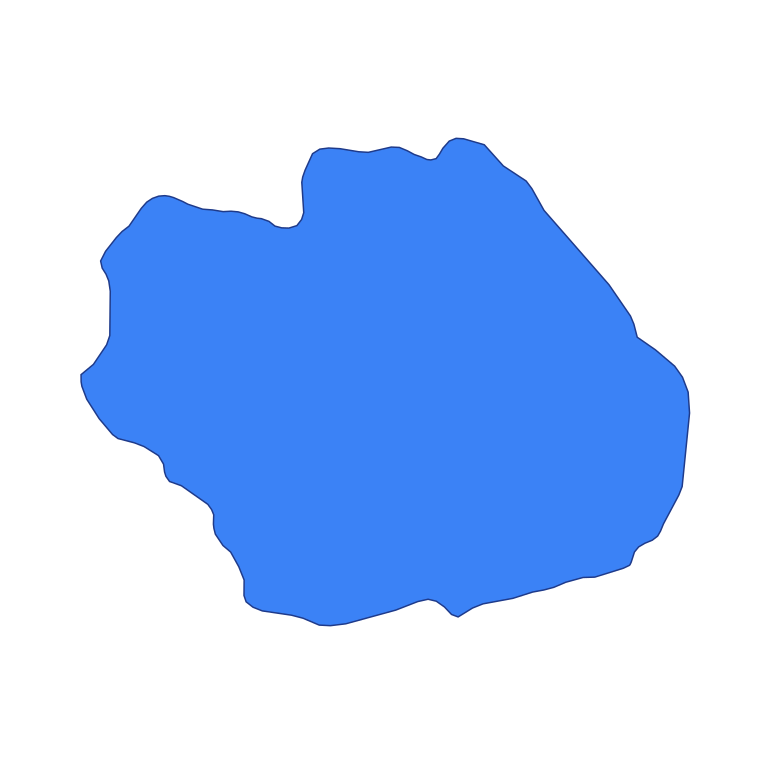 the border of Tochigi, rotated 79°
{"feature_id": "JPN-1859", "entity_name": "Tochigi", "entity_type": "Prefecture", "adm_level": 1, "iso_a3": "JPN", "parent_name": "Japan", "parent_adm1": "", "projection": "mercator", "projection_center": [139.743, 36.672], "detail": "fine", "context": "isolated", "style": "filled", "palette": "blue", "viewbox_px": 768, "rotation_deg": 79, "n_neighbors": 0, "source": "natural_earth", "source_scale": "10m", "svg_char_len": 1822}
<svg xmlns="http://www.w3.org/2000/svg" viewBox="0 0 768 768"><g transform="rotate(79 384 384)"><path d="M209.2,638.7L200.6,632.0L189.1,618.7L184.3,612.0L180.4,604.2L165.3,588.8L160.2,582.2L157.6,575.9L156.6,569.3L157.3,563.2L158.8,558.9L160.9,554.9L166.5,546.7L170.1,542.2L177.8,528.6L180.4,519.1L184.1,509.0L185.2,501.2L187.2,494.3L190.3,488.2L194.7,481.9L197.0,477.0L198.3,472.8L202.4,465.9L208.2,460.9L211.2,454.6L212.8,447.6L211.9,439.3L206.8,433.5L200.5,430.1L170.3,426.2L165.3,424.3L159.1,420.7L144.3,410.2L141.2,402.2L141.8,393.3L144.6,382.3L151.2,364.5L153.6,355.2L152.8,331.7L154.7,323.8L159.5,316.6L164.5,310.5L168.2,304.1L171.8,299.1L173.0,295.3L172.7,289.8L168.9,285.7L163.8,281.2L158.0,273.6L156.6,266.4L158.5,259.0L168.3,239.9L192.7,225.3L211.9,205.7L220.6,201.5L244.1,193.8L329.5,144.2L364.3,129.1L372.9,127.3L386.4,126.5L402.2,111.1L421.9,95.3L434.3,89.7L450.0,87.0L470.8,89.6L541.6,110.9L549.3,115.8L574.7,136.4L581.1,140.6L585.5,144.4L588.5,150.4L590.1,158.3L592.5,165.1L596.7,170.2L606.0,175.3L607.8,176.6L608.5,177.2L608.9,177.9L610.5,184.1L613.8,213.9L611.9,225.5L613.3,243.5L616.0,256.1L616.7,266.5L616.6,277.9L619.0,298.4L618.7,328.7L620.8,339.8L626.8,355.7L623.1,361.7L614.4,367.2L607.2,374.1L603.7,381.8L604.0,392.3L608.2,415.6L612.1,467.3L611.0,482.7L608.3,493.6L598.4,508.3L593.3,518.9L583.5,546.8L578.1,555.2L571.5,560.9L564.9,561.8L549.7,558.7L535.7,561.4L519.7,566.6L511.8,572.9L499.2,578.2L493.4,578.5L489.1,578.2L479.9,576.1L474.4,577.2L468.5,579.9L445.2,602.3L438.8,613.1L433.0,615.7L428.5,616.2L420.6,615.7L411.3,619.0L399.6,631.5L394.1,640.3L386.8,655.5L381.8,660.1L363.7,670.2L342.2,678.7L328.6,681.0L324.1,680.9L317.0,679.6L309.3,665.5L292.6,648.8L284.1,643.9L240.7,635.0L230.3,634.5L223.2,635.9L216.5,638.5L209.2,638.7Z" fill="#3b82f6" stroke="#1e3a8a" stroke-width="1.5"/></g></svg>